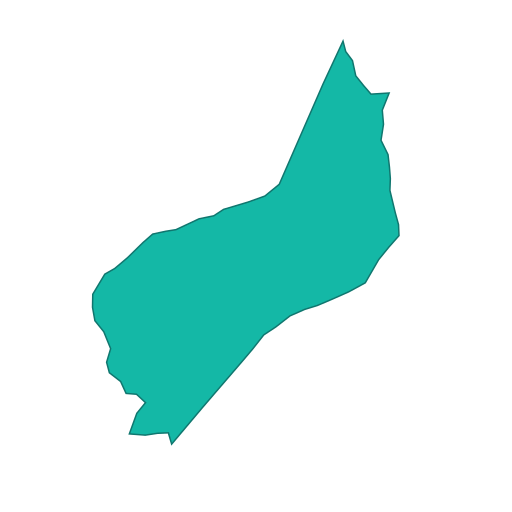 Cachoeirinha, Rio Grande do Sul, Brazil (Equal Earth projection), rotated 43°
{"feature_id": "56859067B54299641019683", "entity_name": "Cachoeirinha", "entity_type": "district", "adm_level": 2, "iso_a3": "BRA", "parent_name": "Brazil", "parent_adm1": "Rio Grande do Sul", "projection": "equal_earth", "projection_center": [-51.095, -29.919], "detail": "fine", "context": "isolated", "style": "filled", "palette": "teal", "viewbox_px": 512, "rotation_deg": 43, "n_neighbors": 0, "source": "geoboundaries", "source_scale": "gbopen_adm2", "svg_char_len": 938}
<svg xmlns="http://www.w3.org/2000/svg" viewBox="0 0 512 512"><g transform="rotate(43 256 256)"><path d="M322.6,451.1L320.2,403.5L319.5,386.4L318.9,371.2L317.8,343.5L317.0,326.4L315.5,308.4L318.9,294.2L321.7,276.6L328.0,261.9L334.6,250.4L340.9,236.2L348.2,219.1L354.2,201.1L351.4,188.9L348.2,175.0L347.1,158.8L346.7,143.6L338.9,135.9L328.4,129.4L309.2,116.7L301.5,107.8L293.0,100.0L283.4,91.8L268.5,86.1L259.4,72.7L248.9,63.2L242.2,46.0L229.7,59.2L218.6,58.0L206.1,56.2L193.3,47.3L182.2,45.3L173.1,39.5L187.7,84.4L224.1,187.7L221.6,206.1L213.4,222.0L200.5,244.0L197.7,255.4L189.0,267.6L179.5,291.3L173.1,299.5L165.5,310.4L164.2,323.1L163.2,344.8L161.2,361.5L157.8,372.4L162.7,395.3L171.4,405.0L182.3,413.2L196.3,415.2L212.9,422.9L219.2,435.6L228.4,441.4L242.6,440.1L254.7,445.1L262.9,438.6L275.2,438.6L276.1,452.3L284.7,472.5L297.2,462.5L304.9,452.8L312.5,445.1L322.6,451.1Z" fill="#14b8a6" stroke="#0f766e" stroke-width="1.5"/></g></svg>